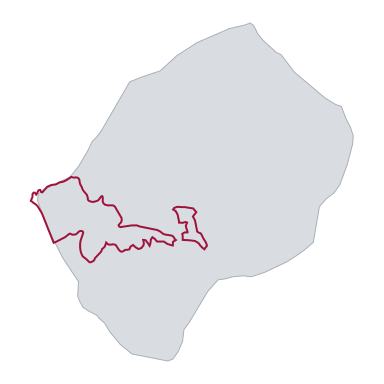 Lesotho, with Mafeteng highlighted
{"feature_id": "LSO-3453", "entity_name": "Mafeteng", "entity_type": "District", "adm_level": 1, "iso_a3": "LSO", "parent_name": "Lesotho", "parent_adm1": "", "projection": "natural_earth1", "projection_center": [27.626, -29.78], "detail": "fine", "context": "in_parent", "style": "outline", "palette": "rose", "viewbox_px": 384, "rotation_deg": 0, "n_neighbors": 0, "source": "natural_earth", "source_scale": "10m", "svg_char_len": 3585}
<svg xmlns="http://www.w3.org/2000/svg" viewBox="0 0 384 384"><path d="M264.5,272.4L252.4,276.4L250.7,276.7L243.0,275.8L232.6,276.8L224.4,279.0L218.1,279.8L207.7,291.5L189.0,322.8L184.0,329.4L182.5,341.7L178.2,351.5L172.9,359.1L167.7,361.0L152.0,357.9L132.0,354.0L120.4,344.6L110.0,332.1L104.6,323.1L98.9,318.1L96.9,315.3L88.7,311.1L85.7,309.0L83.0,307.4L79.7,301.4L77.7,296.2L78.5,281.6L72.7,273.0L62.9,258.1L56.7,246.0L48.1,229.4L42.9,215.2L37.5,200.5L38.2,194.2L43.3,189.9L58.5,182.5L70.2,176.8L78.6,166.3L87.8,150.7L92.3,141.3L96.7,137.0L101.6,130.4L110.1,115.7L119.6,99.3L129.7,81.8L142.6,76.7L160.1,70.9L176.9,55.6L197.0,42.6L229.4,28.6L244.5,25.1L250.2,23.0L253.8,25.7L257.7,33.7L263.1,40.4L275.9,52.1L281.3,54.9L294.4,72.2L308.5,84.0L324.6,97.7L335.6,104.5L341.3,106.4L345.9,118.5L350.6,127.5L353.2,135.9L352.6,144.1L347.4,164.1L339.9,184.6L333.9,193.1L326.5,198.5L319.4,206.6L316.6,223.0L313.3,242.4L304.0,250.3L296.7,255.5L286.7,261.9L264.5,272.4Z" fill="#d9dde1" stroke="#a8b0b8" stroke-width="1"/><path d="M42.1,192.4L42.7,191.9L47.0,187.0L47.8,186.5L51.6,184.9L55.5,184.5L56.9,183.9L59.3,182.5L63.1,181.7L66.0,180.4L70.4,177.6L71.0,176.9L71.3,177.0L74.2,177.7L75.7,177.4L76.4,177.4L77.3,177.6L78.1,178.0L78.8,178.7L79.4,180.0L79.8,182.9L80.2,184.2L81.9,187.4L82.4,189.0L83.4,190.7L86.8,194.8L87.5,196.7L87.8,198.2L87.8,199.3L88.4,200.4L89.4,201.1L91.4,201.7L92.4,201.9L93.7,201.9L97.3,200.8L98.1,200.3L98.7,199.8L101.0,196.7L101.8,196.1L102.4,196.3L102.8,197.6L102.7,201.4L103.3,203.1L104.8,204.6L108.0,205.4L112.2,205.3L113.6,205.6L115.0,206.8L121.6,218.1L121.7,220.5L121.0,222.4L119.7,223.8L118.6,225.1L118.9,226.3L120.4,227.1L131.7,225.4L136.9,225.4L139.8,226.5L157.2,230.0L160.2,231.5L163.2,233.9L165.3,234.6L171.4,235.5L173.1,236.4L174.1,237.7L174.5,238.8L175.9,240.0L173.0,241.8L172.8,245.5L170.8,245.0L167.3,243.9L163.8,241.5L160.5,241.5L157.0,241.5L154.8,238.9L152.4,237.2L150.9,239.4L150.4,243.4L149.6,245.8L148.0,243.4L145.6,240.2L143.2,239.9L143.9,243.4L143.4,245.5L141.2,248.2L138.4,249.0L135.3,247.1L133.1,245.0L130.5,246.6L129.4,249.3L127.4,249.8L125.1,249.9L123.8,250.9L122.3,251.6L121.0,251.6L119.7,250.7L118.8,249.7L118.0,248.5L116.0,245.3L114.8,244.6L113.1,244.3L110.3,244.7L108.5,244.5L107.2,243.7L106.6,242.9L106.2,242.5L105.3,245.2L105.0,245.9L104.7,246.6L104.1,247.3L103.4,248.0L102.7,248.5L102.1,249.0L101.9,249.5L101.7,250.3L101.3,251.2L101.0,251.8L95.3,257.8L95.0,258.2L94.7,258.8L94.2,260.1L93.8,260.6L93.1,261.2L92.2,261.5L91.0,262.2L90.2,262.3L89.3,262.1L86.4,259.2L82.9,256.5L82.5,256.0L82.3,255.6L81.2,253.1L80.7,251.5L80.4,249.6L80.1,247.3L80.1,244.5L80.4,241.5L80.8,240.0L83.1,233.2L83.2,232.2L82.5,231.3L81.3,230.9L79.3,231.3L78.0,232.4L77.3,233.2L76.4,234.0L75.2,234.5L72.5,234.7L71.4,234.3L70.6,233.8L69.9,233.6L69.0,234.0L65.2,237.1L55.9,241.9L53.7,242.8L42.5,214.7L41.3,212.2L37.4,205.9L35.6,204.2L33.8,203.2L31.9,201.5L30.8,200.9L32.5,196.9L32.5,194.2L33.5,192.7L34.9,192.7L36.2,194.6L37.1,193.4L38.2,190.8L38.9,190.1L40.2,190.0L40.6,190.9L41.0,191.9L42.1,192.4ZM177.5,206.8L181.6,207.1L184.7,207.1L190.2,208.0L193.1,208.4L196.3,212.1L192.9,216.5L195.0,220.4L197.0,230.5L197.2,231.6L198.9,232.7L200.9,233.5L202.0,235.6L203.3,238.3L206.0,242.6L207.0,245.8L205.7,247.4L204.4,249.3L202.4,247.7L200.5,245.8L198.5,243.1L195.0,241.0L191.3,240.5L188.2,240.2L182.7,239.9L182.7,236.2L182.3,233.8L184.7,232.4L187.5,232.4L187.5,231.4L186.4,228.4L185.8,225.8L187.1,222.6L185.6,222.0L182.7,222.8L179.0,222.6L179.0,221.0L178.3,218.0L177.7,214.8L175.7,211.1L173.1,209.5L174.2,207.9L177.5,206.8Z" fill="none" stroke="#9f1239" stroke-width="2"/></svg>